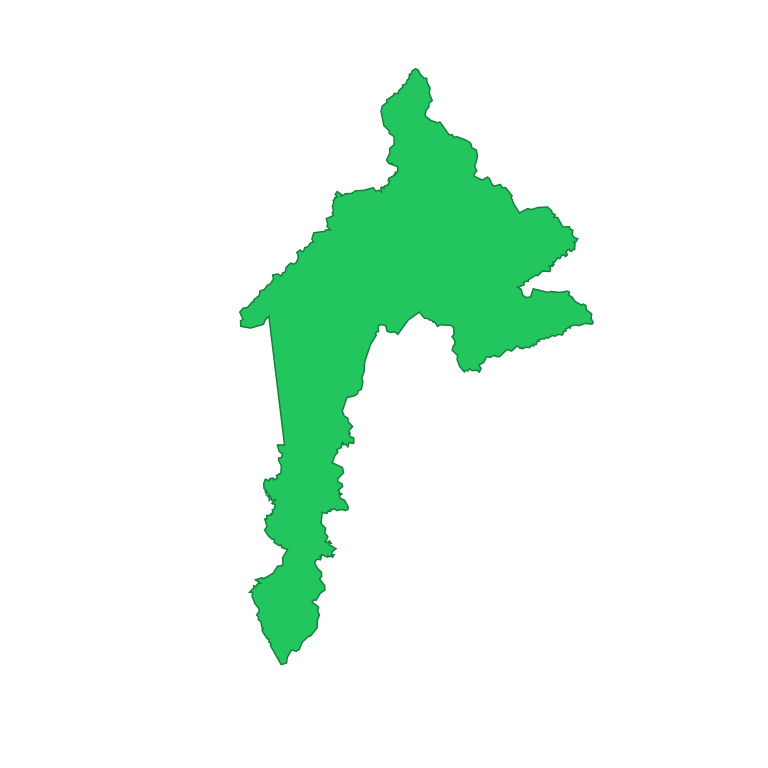 Yolombó, Antioquia, Colombia (Natural Earth projection), rotated 116°
{"feature_id": "7082276B53118394931", "entity_name": "Yolombó", "entity_type": "district", "adm_level": 2, "iso_a3": "COL", "parent_name": "Colombia", "parent_adm1": "Antioquia", "projection": "natural_earth1", "projection_center": [-74.913, 6.668], "detail": "fine", "context": "isolated", "style": "filled", "palette": "green", "viewbox_px": 768, "rotation_deg": 116, "n_neighbors": 0, "source": "geoboundaries", "source_scale": "gbopen_adm2", "svg_char_len": 6160}
<svg xmlns="http://www.w3.org/2000/svg" viewBox="0 0 768 768"><g transform="rotate(116 384 384)"><path d="M395.0,538.0L392.2,528.4L383.2,518.5L378.2,518.8L373.5,517.2L482.4,446.7L485.5,453.1L490.4,448.8L491.8,444.2L495.5,444.1L496.5,446.2L498.5,445.6L502.6,440.4L509.2,437.7L513.5,440.5L515.5,438.4L518.5,441.2L517.1,442.1L518.8,445.0L521.6,445.3L521.5,448.9L526.2,448.5L530.6,446.0L531.0,443.9L532.5,443.9L533.2,442.9L531.9,442.3L534.4,441.8L533.4,440.3L534.7,437.4L535.7,439.8L536.2,437.6L538.7,436.1L536.1,435.8L538.0,433.4L535.9,430.9L540.5,432.4L540.0,428.8L544.1,427.9L546.3,429.2L548.2,427.4L550.4,428.8L551.0,427.7L553.7,431.8L556.9,430.2L557.6,432.0L563.4,426.6L567.5,427.4L571.2,421.4L572.5,416.8L571.8,414.2L574.5,413.4L575.3,407.6L573.7,406.0L575.9,404.2L575.0,398.1L584.8,399.0L589.5,396.1L592.3,396.1L594.2,399.8L602.5,400.7L606.7,403.2L611.8,407.1L611.6,408.7L616.4,413.7L617.2,407.8L618.8,409.9L622.4,410.6L622.5,412.7L624.4,411.5L630.1,413.6L629.0,410.7L632.5,409.6L637.8,403.9L641.0,397.6L643.4,396.6L647.4,397.2L648.5,394.5L650.9,393.7L651.4,390.8L656.5,386.8L656.7,385.2L658.2,386.0L659.7,384.6L664.0,377.6L664.2,375.1L666.6,374.2L666.6,371.6L668.9,371.4L681.3,353.4L677.5,349.3L672.0,351.1L664.9,350.7L663.0,349.3L662.9,345.9L659.8,343.8L651.9,344.3L644.4,341.5L642.4,339.4L632.4,337.2L625.8,340.2L619.7,340.9L617.2,344.1L613.1,345.0L611.6,352.9L609.2,352.7L608.0,350.2L599.8,349.5L595.1,346.8L591.0,349.1L587.6,356.4L584.2,355.7L580.5,357.8L579.2,362.4L575.6,367.7L572.2,368.0L570.3,366.5L569.9,364.1L567.8,364.2L567.1,366.0L566.2,364.7L564.7,365.2L564.3,358.7L563.0,359.0L563.1,357.1L561.7,356.1L562.3,354.3L559.4,354.0L560.3,356.0L557.4,357.2L553.1,354.9L552.4,362.5L551.1,363.9L550.3,361.7L548.9,364.2L551.7,365.8L551.3,368.3L549.9,367.2L545.7,367.7L544.0,371.7L539.2,373.3L537.1,379.4L526.5,383.2L525.4,378.5L522.7,378.4L521.9,376.2L519.9,377.2L519.7,375.4L517.6,373.8L518.6,371.2L515.4,367.2L514.7,363.2L512.6,361.5L510.4,362.0L505.8,368.4L505.7,374.1L503.0,375.0L501.6,373.6L501.0,374.6L502.4,376.2L500.1,376.9L499.5,378.6L494.4,376.2L492.2,378.0L492.1,382.8L489.1,383.9L481.6,381.4L477.3,384.6L477.5,395.9L470.2,396.8L465.5,395.6L463.7,397.7L460.0,394.6L455.1,396.0L454.4,395.2L456.4,393.9L455.0,391.8L456.3,388.9L451.9,389.8L451.1,385.7L449.6,385.5L445.5,387.8L446.4,390.4L444.6,393.5L443.2,392.8L442.4,394.6L440.5,394.9L436.1,393.5L433.7,399.3L430.5,401.7L430.3,405.7L426.6,409.6L412.5,411.4L407.4,405.2L404.5,403.6L401.4,404.1L398.5,402.0L391.5,403.9L388.2,406.7L381.6,407.3L372.4,411.1L354.2,413.4L343.4,412.3L342.5,413.8L340.1,413.4L339.5,411.9L333.9,414.6L331.9,412.5L330.7,408.1L335.1,404.5L335.0,401.2L332.5,397.2L333.3,393.3L315.9,390.3L303.9,383.7L307.1,376.5L305.9,372.9L306.6,371.0L305.6,369.0L306.9,366.8L306.1,365.1L308.8,361.2L306.1,359.4L301.9,349.2L302.7,346.3L308.5,342.9L311.7,343.6L313.9,339.5L317.5,337.5L318.9,338.5L323.7,337.6L326.1,330.4L329.8,329.1L334.9,323.9L337.9,317.3L336.8,317.4L335.3,314.2L332.8,313.8L333.4,310.8L331.0,306.5L331.5,303.5L327.5,303.6L325.3,307.0L321.1,303.9L314.3,303.7L313.7,300.4L309.8,297.4L310.2,295.1L308.9,292.3L299.0,288.5L298.5,283.8L291.8,281.1L291.3,279.3L292.4,277.4L290.8,276.3L291.9,275.3L288.5,272.3L287.4,268.9L284.7,268.6L284.2,266.0L282.5,266.4L281.7,264.5L277.8,264.8L277.4,263.3L276.7,264.3L274.9,262.9L273.0,259.4L270.8,258.4L271.0,257.0L266.5,253.7L265.9,250.9L263.2,249.4L261.7,245.0L258.1,245.5L256.4,243.7L255.4,244.9L251.6,242.3L252.2,241.3L250.1,241.7L246.8,237.7L246.2,234.5L241.2,229.5L239.1,223.4L237.4,222.8L234.2,226.5L229.9,228.2L228.7,234.6L224.9,237.0L224.8,240.0L226.6,241.4L226.0,248.6L223.6,252.6L223.1,256.9L220.2,257.6L219.9,259.6L224.6,266.0L227.7,274.7L229.7,276.5L233.0,291.6L241.5,290.4L244.1,294.6L243.2,298.5L238.8,302.1L238.5,306.3L233.7,301.7L230.5,302.8L228.4,299.3L227.3,300.1L219.7,295.2L219.2,293.2L213.2,291.2L210.1,284.2L207.3,284.8L205.6,287.2L204.6,284.6L203.1,285.1L203.5,283.8L201.9,283.7L200.5,285.5L199.8,284.2L194.6,283.2L194.3,280.9L190.0,280.6L189.2,277.7L190.0,277.2L188.7,276.0L187.1,275.9L186.0,278.3L182.4,277.5L181.6,276.3L182.8,275.8L182.5,273.5L179.8,272.9L179.6,271.6L174.0,273.9L173.4,275.8L172.0,273.8L168.5,273.6L169.0,277.1L167.1,280.6L163.0,281.7L163.1,284.4L161.4,286.3L164.5,292.2L158.2,300.9L159.7,304.4L156.7,304.3L156.9,307.5L154.7,309.4L153.3,314.8L157.9,323.0L162.5,327.8L163.4,331.8L170.8,337.2L165.6,345.9L160.3,351.6L158.7,351.4L154.2,360.7L155.6,363.8L153.6,366.8L157.8,371.8L157.4,374.1L153.0,379.5L152.7,381.9L157.6,384.9L157.7,394.0L155.9,395.1L151.8,394.0L148.9,397.7L138.7,399.6L133.3,403.6L133.2,408.4L129.4,411.9L128.9,416.5L129.7,426.9L131.7,429.4L130.1,431.8L131.5,434.8L124.0,448.5L125.7,450.6L126.6,457.4L125.0,464.5L119.9,466.2L115.5,465.1L111.8,466.7L108.2,464.9L102.7,470.9L97.8,472.3L94.1,477.5L90.5,479.8L91.6,482.1L89.7,487.3L87.0,490.7L86.7,493.7L90.1,496.0L94.3,495.6L94.4,496.9L99.1,495.3L100.2,496.4L105.1,496.0L107.2,498.4L108.9,497.3L113.7,499.3L116.6,498.7L118.6,502.3L120.3,501.9L127.6,506.2L129.8,504.8L134.9,507.4L140.3,506.2L151.8,497.4L154.3,490.0L156.3,489.3L157.1,483.8L159.0,482.4L164.7,479.9L169.8,482.2L174.3,479.9L181.7,479.9L183.8,476.1L182.4,473.4L183.4,473.6L182.7,467.0L187.1,464.8L188.8,466.6L189.1,465.4L191.2,466.7L191.4,465.7L196.9,469.9L199.4,469.4L198.7,468.0L203.1,467.7L206.2,470.5L208.1,469.8L207.8,472.1L209.3,472.8L212.4,470.4L212.1,473.7L214.4,475.8L212.3,479.7L219.1,487.5L222.8,494.3L227.0,496.7L230.0,502.3L232.8,503.6L233.6,505.2L232.2,505.3L231.6,510.5L234.9,511.0L236.5,507.9L238.0,510.0L239.6,509.2L241.2,510.3L242.0,509.0L247.2,508.2L250.2,505.4L252.9,505.6L254.6,503.2L260.7,508.4L264.8,504.7L267.4,504.2L269.1,499.6L270.8,503.7L272.8,504.3L278.9,513.4L285.5,512.3L287.2,509.5L289.0,511.7L294.2,512.7L296.0,515.0L300.1,514.5L301.0,515.5L300.3,518.1L304.0,520.1L305.4,517.8L308.6,516.3L313.2,516.1L315.7,517.5L316.2,520.8L321.9,523.1L326.6,521.9L328.5,523.7L331.9,523.7L331.7,527.8L334.8,531.9L338.1,529.4L344.0,530.0L346.3,532.1L351.4,532.9L354.7,536.2L359.0,535.0L365.6,538.0L367.2,536.9L367.9,538.4L374.9,540.2L377.7,543.9L382.6,545.2L387.6,539.2L390.2,540.6L395.0,538.0Z" fill="#22c55e" stroke="#15803d" stroke-width="1.5"/></g></svg>